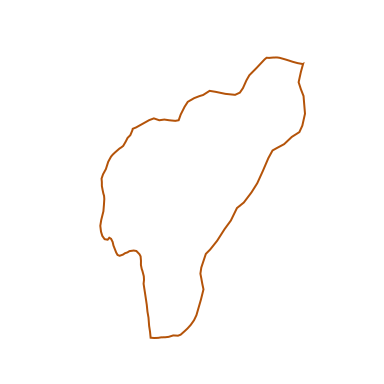 Huddinge, Stockholm, Sweden (Robinson projection), rotated 104°
{"feature_id": "70781695B98440364310876", "entity_name": "Huddinge", "entity_type": "district", "adm_level": 2, "iso_a3": "SWE", "parent_name": "Sweden", "parent_adm1": "Stockholm", "projection": "robinson", "projection_center": [18.029, 59.213], "detail": "fine", "context": "isolated", "style": "outline", "palette": "amber", "viewbox_px": 384, "rotation_deg": 104, "n_neighbors": 0, "source": "geoboundaries", "source_scale": "gbopen_adm2", "svg_char_len": 1781}
<svg xmlns="http://www.w3.org/2000/svg" viewBox="0 0 384 384"><g transform="rotate(104 192 192)"><path d="M343.4,196.9L342.8,193.3L341.7,189.5L340.5,186.8L339.4,182.8L338.2,179.6L335.7,175.5L334.8,170.8L333.2,168.5L329.0,165.6L325.6,163.4L321.3,161.1L315.9,159.0L310.5,157.9L294.2,157.3L283.7,157.3L278.8,159.7L273.5,162.1L269.2,164.1L263.1,164.7L248.7,163.6L243.5,160.5L233.2,155.8L220.1,151.4L210.3,147.4L196.7,144.5L189.7,139.2L178.0,134.2L167.7,130.8L154.2,128.3L140.6,126.1L132.2,123.9L128.9,120.4L123.3,114.2L114.4,108.5L107.9,102.3L100.9,101.0L88.7,101.3L71.9,107.0L65.8,111.3L59.7,115.1L49.0,115.4L40.9,115.2L41.0,115.3L41.2,117.7L41.4,120.7L41.3,125.6L41.0,129.8L40.8,133.3L40.6,139.5L40.9,142.2L42.1,146.4L43.2,149.5L43.7,152.1L45.7,153.6L56.4,159.6L64.8,164.6L70.5,166.2L78.9,167.7L84.0,169.6L87.3,173.7L88.7,183.4L89.1,193.4L89.6,199.4L95.2,204.7L97.1,207.9L100.4,212.6L105.5,217.9L111.1,219.8L119.5,221.7L125.6,222.3L127.0,225.4L127.9,231.4L128.4,236.4L130.3,241.1L129.8,246.8L132.6,250.9L137.3,255.9L142.9,261.9L145.0,264.8L146.7,264.8L151.8,265.6L155.1,267.6L159.1,268.5L163.9,269.9L165.7,271.3L167.4,272.9L172.3,276.3L174.8,277.9L177.2,279.1L182.9,280.6L190.6,281.1L196.3,282.6L200.9,283.0L204.1,281.9L208.0,280.9L211.5,279.3L215.0,277.6L217.0,276.4L220.0,275.4L226.0,274.3L232.1,273.3L241.1,273.3L247.0,272.8L252.5,270.7L256.3,268.4L258.9,265.4L258.7,262.3L256.4,261.2L257.0,259.2L259.7,256.9L262.9,255.3L269.1,250.9L271.1,249.0L271.4,246.8L269.5,243.9L267.6,242.2L266.2,240.0L264.5,238.4L262.9,234.4L262.7,231.7L265.1,227.9L266.9,226.3L271.0,224.9L275.2,223.9L278.8,222.2L280.6,221.0L285.4,218.4L288.9,217.3L292.7,216.8L304.9,211.7L312.4,208.6L318.8,206.3L324.5,203.8L332.3,201.2L337.8,198.9L343.4,196.9Z" fill="none" stroke="#b45309" stroke-width="2"/></g></svg>